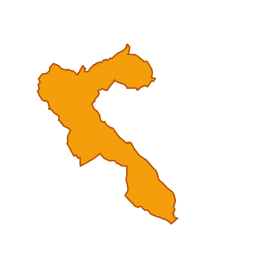 the district of Bungudu, Zamfara, Nigeria, rotated 315°
{"feature_id": "59680162B44112457363104", "entity_name": "Bungudu", "entity_type": "district", "adm_level": 2, "iso_a3": "NGA", "parent_name": "Nigeria", "parent_adm1": "Zamfara", "projection": "orthographic", "projection_center": [6.612, 12.009], "detail": "fine", "context": "isolated", "style": "filled", "palette": "amber", "viewbox_px": 256, "rotation_deg": 315, "n_neighbors": 0, "source": "geoboundaries", "source_scale": "gbopen_adm2", "svg_char_len": 5128}
<svg xmlns="http://www.w3.org/2000/svg" viewBox="0 0 256 256"><g transform="rotate(315 128 128)"><path d="M87.2,47.7L88.3,50.4L89.5,50.8L89.6,53.3L88.7,54.7L88.1,55.7L87.6,57.2L85.5,58.6L85.9,59.3L86.7,59.5L86.7,62.2L86.5,65.0L86.9,67.0L87.2,69.0L87.4,71.5L84.4,73.4L84.9,74.4L85.0,76.5L84.6,76.6L84.3,76.7L84.2,77.0L84.2,77.3L84.5,77.4L84.6,78.0L84.8,78.3L84.6,78.8L84.4,79.4L83.9,79.8L83.9,80.5L84.2,81.6L84.6,83.3L84.8,84.0L85.4,85.1L85.5,86.0L85.5,86.4L85.7,87.2L85.7,89.1L84.4,89.4L83.5,89.9L82.4,90.1L81.3,90.3L80.7,90.7L79.7,91.4L78.4,91.9L77.9,92.3L77.1,93.5L76.7,94.5L74.1,95.8L70.4,107.9L70.1,109.8L72.2,110.3L71.4,114.1L73.2,115.0L70.2,118.3L69.8,118.7L69.7,118.9L69.4,119.0L69.1,119.0L68.9,119.2L69.0,119.4L68.9,119.7L68.7,120.0L68.3,120.4L67.5,121.3L69.0,121.7L69.7,121.9L70.6,122.2L71.5,122.5L73.6,123.1L74.5,123.4L75.9,123.8L77.3,123.9L79.9,124.9L85.0,125.8L87.1,126.1L90.0,126.1L89.8,132.5L91.0,136.5L92.0,138.4L93.4,139.6L94.6,140.5L95.5,142.1L95.2,144.8L96.5,147.9L96.5,149.1L96.9,150.3L100.2,154.0L95.2,159.4L92.1,161.7L89.8,163.6L88.0,166.8L85.5,170.4L84.2,171.8L82.2,172.7L80.2,173.2L78.2,173.7L77.9,178.5L77.8,188.4L78.9,190.8L79.6,191.5L80.9,192.0L81.7,192.5L82.0,193.2L81.6,194.8L81.9,198.2L82.9,199.1L83.6,199.6L83.9,200.3L83.8,201.4L83.3,204.7L83.4,205.4L84.6,208.1L85.9,211.4L87.4,213.5L88.4,216.6L90.0,219.5L90.6,222.8L90.8,224.7L90.8,226.3L99.1,226.8L98.3,225.1L97.8,224.0L97.8,223.6L98.1,223.0L98.5,222.5L98.7,221.4L98.9,221.2L99.2,221.3L99.3,221.1L99.4,220.8L99.3,220.5L99.3,220.4L99.5,220.3L99.5,220.1L99.5,219.9L100.2,219.6L100.8,219.6L101.4,219.5L102.0,219.4L102.7,219.2L103.1,219.0L103.6,218.6L103.7,218.2L103.9,217.3L104.4,216.4L105.4,215.5L110.0,213.1L111.0,211.4L113.2,208.0L114.2,204.6L113.3,198.3L113.6,192.2L113.2,188.1L113.5,185.8L116.8,180.3L117.6,177.5L117.5,174.3L118.3,163.6L116.6,155.9L117.3,149.5L118.0,145.9L119.6,140.9L119.1,139.4L117.7,138.1L117.5,138.3L117.5,138.5L117.3,138.7L117.2,138.9L117.2,139.0L116.7,138.7L116.3,138.3L115.4,129.0L115.6,127.6L115.7,125.3L116.3,122.5L116.4,122.0L116.4,121.9L116.4,121.6L116.4,121.3L116.3,120.8L116.6,120.3L116.6,120.2L116.8,119.7L117.2,117.5L116.4,116.4L115.5,113.5L114.9,110.3L115.8,108.1L116.1,106.9L114.9,106.2L114.2,105.2L114.2,103.6L115.0,101.6L117.2,98.7L117.3,97.5L118.0,94.7L117.5,90.3L118.3,88.5L119.4,85.5L120.8,85.4L122.4,85.6L123.6,85.5L123.5,84.9L125.5,84.2L126.3,84.1L129.3,84.2L129.5,84.1L129.9,84.0L130.5,83.9L130.8,83.7L131.0,83.7L131.3,83.5L131.5,83.4L132.1,82.9L132.4,82.7L132.6,81.8L132.8,81.0L133.3,80.4L135.1,81.3L135.9,81.8L136.6,81.9L137.1,81.9L137.8,81.7L138.1,83.5L138.2,84.4L138.7,85.1L139.3,85.8L139.7,86.3L140.2,86.7L143.5,85.8L145.9,85.6L149.6,85.3L149.9,85.3L150.2,85.2L150.3,85.2L150.6,85.1L150.8,85.0L152.5,84.7L152.4,85.2L152.3,85.4L152.2,85.6L152.5,85.9L152.6,86.1L152.7,87.2L153.4,88.6L153.7,89.5L155.0,92.2L156.1,94.1L156.3,96.0L156.1,98.4L155.6,99.2L161.7,105.1L161.7,106.5L161.7,106.9L161.4,107.0L161.4,107.5L162.4,107.5L162.3,108.2L163.7,108.2L164.2,108.2L165.2,108.3L167.4,108.8L170.5,110.3L171.0,112.7L178.2,111.3L178.8,112.9L182.2,112.4L180.4,108.8L183.9,106.5L186.3,103.4L187.0,100.5L188.1,96.7L188.5,94.2L186.2,92.2L186.3,91.2L186.1,89.1L186.0,87.5L185.8,86.3L185.7,84.6L185.2,82.5L185.0,81.9L184.9,81.2L180.2,75.9L183.3,74.4L186.2,72.2L186.8,69.8L186.7,68.3L185.7,68.3L185.6,69.2L184.0,69.3L183.5,69.6L181.7,70.1L178.9,69.6L174.6,68.3L173.3,67.7L172.3,67.9L169.9,67.6L166.9,67.4L165.9,67.5L165.8,67.2L165.4,66.8L165.3,66.6L165.2,66.3L164.8,66.3L164.1,66.0L161.5,65.8L161.1,64.4L160.8,63.9L160.0,63.5L158.9,63.4L158.8,62.8L155.2,62.8L155.1,62.2L155.0,61.6L152.8,60.7L152.3,60.5L151.9,60.4L151.8,60.6L151.6,60.5L151.5,60.4L151.4,60.2L151.3,59.9L151.3,59.7L151.2,59.7L151.1,59.8L150.9,59.8L150.6,59.9L150.7,60.0L150.3,60.0L150.2,60.0L150.2,59.9L149.9,59.9L149.7,59.8L149.3,59.9L149.2,59.7L148.9,59.4L148.2,59.2L148.1,59.4L147.7,59.3L147.5,59.1L147.3,59.1L147.2,59.2L146.9,59.1L146.7,59.3L146.2,59.3L145.4,59.4L145.0,59.4L144.8,59.2L144.6,59.1L144.1,59.1L143.9,59.1L143.7,59.1L143.3,59.2L143.0,59.4L142.5,59.5L142.0,59.5L141.6,59.6L141.0,59.8L139.7,59.8L138.5,58.8L138.1,58.6L137.8,58.2L137.6,57.8L137.5,57.3L137.5,57.0L138.1,56.6L139.1,56.3L139.7,56.1L139.8,56.0L139.7,55.8L139.8,55.6L139.7,55.3L139.6,55.2L139.7,54.8L139.6,54.7L139.3,54.6L139.3,54.4L139.7,54.2L139.8,53.8L140.0,53.5L140.0,53.3L139.9,53.2L139.7,53.2L139.7,52.9L139.9,52.7L140.1,52.7L140.2,52.3L139.9,52.3L139.7,52.4L139.4,52.3L139.3,52.2L139.2,52.2L139.1,52.3L138.8,52.2L138.7,52.1L138.4,52.2L137.0,52.9L135.9,53.0L135.0,53.2L134.7,53.3L134.4,53.5L134.1,53.7L132.9,54.3L132.7,54.2L132.3,53.9L131.8,54.0L131.2,54.1L131.0,54.5L130.6,54.7L130.4,54.5L129.8,54.6L129.7,53.3L129.7,52.4L129.7,52.2L129.7,51.8L129.7,51.5L129.7,50.7L129.6,49.7L129.2,48.8L128.9,48.2L127.9,46.4L126.8,43.9L126.0,44.0L125.7,43.7L122.9,39.3L123.0,35.5L122.6,33.9L120.8,29.7L119.3,29.7L115.0,30.2L114.4,30.9L113.2,31.9L111.8,32.0L109.2,31.9L107.6,30.8L105.7,29.2L99.5,29.9L99.4,30.4L98.3,33.5L95.1,33.8L93.0,37.7L92.3,37.5L91.7,37.7L91.0,38.0L90.6,37.9L90.0,38.1L89.7,39.2L88.2,42.7L87.2,47.7Z" fill="#f59e0b" stroke="#b45309" stroke-width="1.5"/></g></svg>